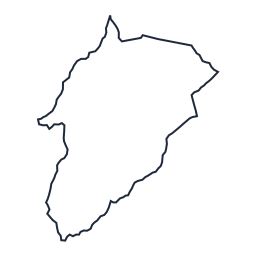 Duartina, São Paulo, Brazil (Equal Earth projection)
{"feature_id": "56859067B62482372645698", "entity_name": "Duartina", "entity_type": "district", "adm_level": 2, "iso_a3": "BRA", "parent_name": "Brazil", "parent_adm1": "São Paulo", "projection": "equal_earth", "projection_center": [-49.423, -22.399], "detail": "fine", "context": "isolated", "style": "outline", "palette": "slate", "viewbox_px": 256, "rotation_deg": 0, "n_neighbors": 0, "source": "geoboundaries", "source_scale": "gbopen_adm2", "svg_char_len": 1909}
<svg xmlns="http://www.w3.org/2000/svg" viewBox="0 0 256 256"><path d="M110.2,15.4L108.5,20.8L107.2,25.1L106.0,28.2L106.3,32.7L104.8,36.9L102.7,38.4L101.3,41.9L99.8,45.9L98.1,48.2L95.4,51.2L91.8,52.1L89.3,52.7L88.2,57.0L85.7,58.9L81.1,58.9L77.1,61.1L74.0,65.4L72.3,69.2L70.1,72.3L69.2,77.5L66.1,79.9L63.0,82.3L62.9,89.3L61.1,93.8L58.9,96.5L56.7,99.7L56.0,104.0L54.3,107.6L52.3,111.1L50.0,112.8L48.0,114.3L45.8,116.1L43.5,117.0L41.0,118.8L38.0,119.4L39.1,124.3L43.1,125.3L46.9,125.1L49.3,128.9L51.8,127.0L54.2,124.3L58.8,124.5L61.9,123.1L64.4,125.3L64.2,130.9L63.7,137.9L64.0,141.1L65.6,145.1L67.6,149.5L66.8,154.3L64.3,158.1L61.4,159.5L58.7,162.6L57.1,165.3L57.3,170.9L55.3,174.8L54.2,178.3L51.3,183.8L50.5,188.9L49.1,194.6L47.7,199.0L46.1,202.4L47.8,205.3L49.5,209.5L47.3,213.7L49.9,216.8L52.8,220.2L56.3,222.8L57.1,227.8L58.1,232.4L60.7,235.8L61.3,240.2L65.2,240.6L67.1,236.8L69.6,234.6L73.0,236.2L76.0,234.6L79.0,234.6L80.5,231.9L83.8,230.5L87.1,230.7L90.6,228.8L92.3,224.7L94.3,222.6L97.2,220.5L100.6,216.3L104.3,214.9L106.6,212.2L108.7,207.8L109.8,204.3L110.8,201.0L113.2,202.4L116.1,202.4L119.8,198.5L123.5,197.1L125.6,195.6L128.1,195.3L129.6,192.1L131.9,188.4L133.2,185.3L134.7,182.6L137.7,181.0L142.5,179.7L145.3,177.1L148.3,175.5L152.5,172.7L155.8,171.7L158.2,168.5L160.8,166.0L162.1,162.2L162.7,155.2L165.4,151.8L166.1,148.9L166.9,143.9L166.4,138.9L168.9,135.3L172.3,133.2L177.2,129.1L179.5,127.2L184.1,123.1L187.3,120.4L189.9,118.2L192.6,117.0L197.0,116.2L195.8,110.7L194.3,105.4L192.6,99.2L191.6,95.1L194.1,92.4L196.5,91.4L198.7,90.5L201.0,87.5L204.1,85.4L206.0,83.3L209.2,80.9L212.1,78.2L218.0,71.9L213.9,69.6L211.3,66.8L209.4,63.0L206.0,62.3L202.7,61.1L200.9,57.8L199.5,55.0L196.6,53.3L195.0,50.6L193.2,48.2L191.5,45.5L157.7,39.0L142.7,35.2L140.9,37.9L121.9,41.4L118.8,38.0L118.8,32.3L117.6,28.9L115.3,25.1L112.7,21.6L110.7,19.2L110.2,15.4Z" fill="none" stroke="#1e293b" stroke-width="2"/></svg>